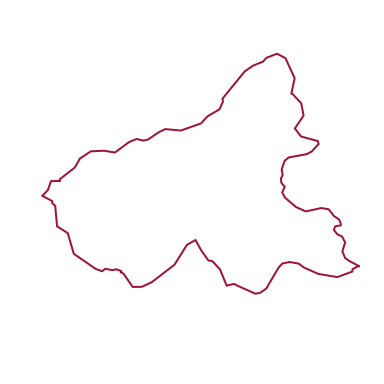 outline of Coyah, Coyah, Guinea, rotated 257°
{"feature_id": "49546643B61702032280321", "entity_name": "Coyah", "entity_type": "district", "adm_level": 2, "iso_a3": "GIN", "parent_name": "Guinea", "parent_adm1": "Coyah", "projection": "natural_earth1", "projection_center": [-13.337, 9.751], "detail": "fine", "context": "isolated", "style": "outline", "palette": "rose", "viewbox_px": 384, "rotation_deg": 257, "n_neighbors": 0, "source": "geoboundaries", "source_scale": "gbopen_adm2", "svg_char_len": 1437}
<svg xmlns="http://www.w3.org/2000/svg" viewBox="0 0 384 384"><g transform="rotate(257 192 192)"><path d="M81.7,338.7L89.8,329.3L93.4,326.3L100.4,325.2L108.3,329.8L114.7,328.3L118.1,324.1L123.2,321.7L126.3,323.8L126.1,329.5L128.0,329.8L132.0,329.2L136.7,324.8L144.4,321.3L147.3,314.4L147.5,298.5L153.9,290.0L165.6,281.3L171.3,279.8L176.3,283.5L181.0,281.1L185.1,281.7L188.0,284.1L193.7,284.4L201.5,289.2L203.9,294.0L203.1,312.2L204.5,317.7L210.3,326.2L213.4,326.0L221.5,310.8L230.7,306.5L241.4,317.9L253.8,318.4L264.6,312.2L265.5,311.0L279.8,317.6L301.3,313.2L307.6,306.0L307.6,305.8L306.0,294.6L303.1,290.6L301.4,280.0L297.8,270.7L276.1,242.7L273.1,242.5L266.5,237.5L262.1,223.8L256.8,216.2L254.4,194.9L259.3,180.1L257.7,173.0L253.0,160.8L253.0,156.2L256.1,150.1L254.9,142.1L247.8,125.8L252.0,115.6L254.4,102.5L249.8,90.3L242.2,83.3L234.2,66.1L232.5,65.8L234.3,57.1L226.3,52.0L221.9,45.3L214.6,53.8L212.6,53.3L209.3,55.6L188.9,52.8L179.9,61.7L158.4,62.9L138.7,80.9L135.0,86.6L136.7,90.2L133.8,96.8L133.8,100.6L130.9,105.3L129.7,104.6L128.0,106.8L112.8,112.9L110.9,121.9L113.2,132.5L125.1,158.6L141.7,175.2L144.4,184.6L132.9,187.9L121.6,192.6L119.8,196.5L110.1,201.9L93.0,204.7L93.0,212.3L90.5,215.2L78.8,230.6L78.3,235.0L78.3,235.3L81.2,242.7L85.0,246.2L99.0,259.5L102.0,264.0L101.8,271.4L98.2,279.9L93.4,283.9L83.8,296.6L76.4,314.4L78.4,330.3L80.7,331.1L82.3,336.9L81.7,338.7Z" fill="none" stroke="#9f1239" stroke-width="2"/></g></svg>